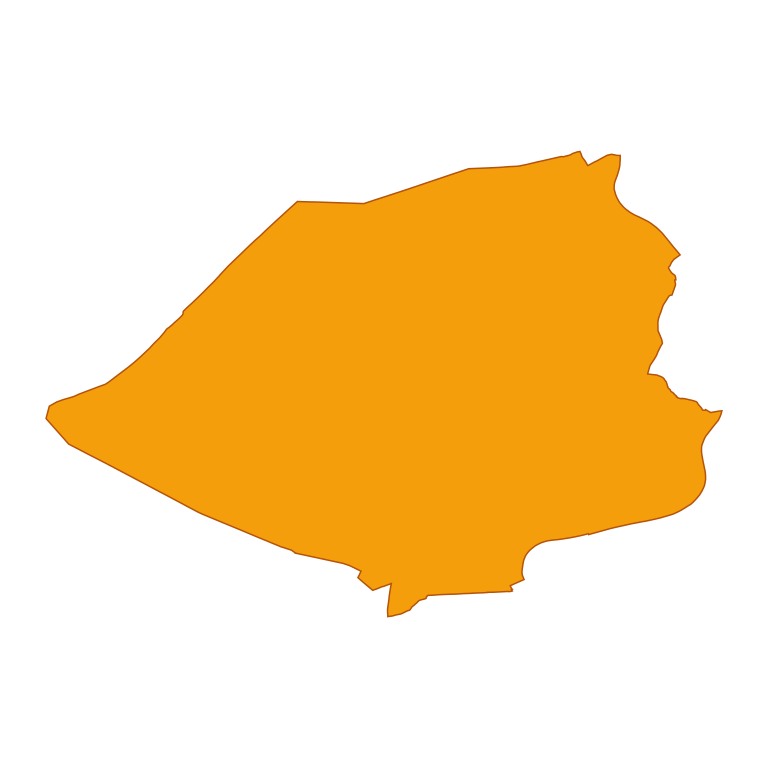 Heerde, Gelderland, Netherlands
{"feature_id": "6326949B25079542820913", "entity_name": "Heerde", "entity_type": "district", "adm_level": 2, "iso_a3": "NLD", "parent_name": "Netherlands", "parent_adm1": "Gelderland", "projection": "equal_earth", "projection_center": [6.06, 52.406], "detail": "fine", "context": "isolated", "style": "filled", "palette": "amber", "viewbox_px": 768, "rotation_deg": 0, "n_neighbors": 0, "source": "geoboundaries", "source_scale": "gbopen_adm2", "svg_char_len": 6070}
<svg xmlns="http://www.w3.org/2000/svg" viewBox="0 0 768 768"><path d="M620.2,155.4L617.1,155.4L614.6,154.9L611.6,154.3L609.6,154.7L607.1,155.3L599.7,159.3L598.4,160.1L595.9,161.4L595.4,161.5L587.8,165.6L585.1,161.0L582.4,157.5L581.9,156.6L581.1,154.0L579.9,151.4L578.6,151.8L577.6,151.8L572.6,153.5L571.9,153.9L570.4,154.9L564.0,156.6L563.1,156.8L561.5,156.5L561.0,156.6L541.2,161.1L538.3,161.7L527.1,164.4L518.2,166.2L512.4,166.5L509.6,166.6L500.8,167.3L489.0,167.9L468.8,168.7L452.8,174.0L407.5,189.3L396.6,192.9L373.8,200.3L363.9,203.6L315.9,202.0L309.4,201.9L297.4,201.5L290.3,207.9L286.0,211.8L278.7,218.5L276.6,220.4L265.4,230.8L259.6,236.4L255.0,240.4L249.9,245.2L228.2,266.1L219.6,275.3L218.6,276.7L218.2,276.9L216.5,278.8L213.9,281.6L208.1,287.3L203.5,292.0L196.1,299.2L192.5,302.6L186.2,308.4L184.0,310.6L183.4,311.2L183.2,311.7L183.1,312.0L183.1,313.4L183.0,313.8L182.9,314.2L182.7,314.6L182.4,315.1L181.8,315.8L179.3,318.3L176.3,321.0L175.0,322.1L173.9,323.1L172.2,324.8L170.4,326.2L169.6,327.0L167.3,328.6L166.5,329.3L165.3,331.0L164.7,331.9L159.5,338.0L153.9,343.5L152.4,345.1L149.4,348.4L141.0,356.3L138.5,358.6L136.0,360.8L133.3,363.1L130.5,365.4L127.6,367.7L120.1,373.4L108.4,382.3L105.3,384.3L99.7,386.3L79.1,394.1L74.1,396.4L68.6,398.1L63.9,399.4L56.9,401.9L56.5,402.1L49.3,406.2L48.8,408.1L46.2,417.9L46.1,418.6L68.6,444.0L69.1,444.3L87.5,453.9L104.9,462.8L128.4,475.2L142.0,482.4L144.7,483.8L148.8,486.0L159.5,491.7L163.0,493.5L167.0,495.6L173.0,498.8L183.3,504.3L185.9,505.7L197.8,512.0L201.8,513.9L222.7,522.6L228.8,525.1L244.2,531.5L259.9,538.1L265.3,540.3L265.6,540.4L272.7,543.4L279.4,546.1L280.4,546.6L282.5,547.3L283.9,547.6L285.3,548.2L285.8,548.2L285.9,548.3L286.0,548.4L289.1,549.4L291.7,550.3L292.1,550.5L292.3,550.8L295.0,552.7L295.8,553.1L295.7,553.2L342.7,563.3L343.0,563.4L346.9,564.7L348.6,565.3L349.6,565.6L360.0,570.7L361.0,571.2L359.1,575.3L357.9,577.6L362.4,581.6L365.6,584.3L372.7,590.3L372.9,590.3L374.6,589.6L376.2,589.1L377.0,588.8L380.2,587.5L381.4,586.9L383.9,586.3L385.1,585.8L390.7,583.8L391.3,583.5L390.3,589.0L389.2,596.2L388.9,599.6L387.7,608.0L387.6,609.3L387.5,610.3L387.6,611.9L387.8,616.6L389.2,616.4L391.6,616.1L392.7,615.9L394.5,615.4L396.1,614.9L398.4,614.5L400.3,614.1L401.5,613.7L402.3,613.3L404.5,612.3L407.3,610.9L407.8,610.7L409.0,610.4L409.7,610.1L410.1,609.7L410.6,609.0L411.4,607.6L411.9,607.0L412.5,606.5L414.2,605.1L416.8,602.8L418.0,601.6L418.6,600.9L419.3,600.5L420.8,599.9L424.1,599.1L425.7,598.6L426.1,598.3L426.1,598.1L426.1,597.5L426.9,596.5L427.5,595.5L427.8,595.4L429.4,595.3L430.0,595.3L432.5,595.2L439.1,594.7L448.4,594.3L456.1,594.1L463.5,593.6L467.4,593.5L470.1,593.4L474.4,593.1L482.8,592.8L487.4,592.5L487.4,592.3L488.1,592.3L494.2,592.2L507.2,591.5L509.7,591.6L512.3,591.0L511.5,589.6L512.3,589.3L511.7,588.7L510.8,587.0L510.2,585.7L520.3,581.2L524.1,579.5L522.8,576.4L522.3,574.9L522.1,573.9L522.0,572.8L522.0,571.4L522.2,569.1L522.6,566.6L522.9,564.3L523.4,561.8L523.6,560.6L524.0,559.5L524.9,557.3L525.4,556.1L526.0,555.0L526.9,553.7L528.3,551.9L529.4,550.7L530.5,549.6L531.7,548.6L534.1,546.7L535.1,545.9L536.2,545.3L537.6,544.5L540.9,542.9L542.5,542.3L545.7,541.3L547.4,540.9L551.1,540.3L554.8,539.9L558.8,539.5L562.4,539.0L569.9,537.8L573.6,537.1L577.2,536.4L580.8,535.6L584.6,534.7L588.3,533.7L588.6,534.6L600.1,531.4L610.2,528.6L615.2,527.4L621.0,526.1L631.4,523.8L641.8,521.8L646.4,521.0L654.3,519.3L660.6,517.8L663.7,516.9L671.2,514.7L672.8,514.2L674.2,513.6L675.9,512.8L678.5,511.6L681.0,510.3L685.2,507.7L687.2,506.4L690.6,504.4L693.2,502.1L695.5,499.7L697.6,497.3L699.5,495.0L700.7,493.1L702.1,490.8L703.2,488.4L704.2,486.2L704.8,484.0L705.3,481.4L705.6,479.3L705.5,475.0L705.3,472.9L705.0,470.6L704.5,468.4L703.1,461.6L702.1,456.1L701.7,453.6L701.5,451.3L701.5,449.0L701.6,446.7L701.8,445.6L702.3,444.1L703.7,440.4L704.7,438.1L705.8,436.1L712.7,427.2L714.6,424.8L716.6,422.4L718.3,420.3L719.0,418.9L720.1,416.5L721.0,414.3L721.9,410.8L718.9,411.1L710.7,412.5L708.5,411.3L706.6,410.1L705.6,409.7L705.6,410.1L705.3,410.3L703.1,410.2L702.4,409.9L702.0,408.9L701.7,408.4L700.7,407.1L699.1,405.4L697.7,403.5L697.6,403.2L696.8,402.1L696.1,401.6L694.3,401.0L691.0,400.1L690.6,400.0L689.3,399.8L687.6,399.3L685.8,399.0L684.6,398.7L684.3,398.6L683.6,398.6L682.6,398.4L682.1,398.4L681.9,398.7L678.7,398.2L676.4,396.9L676.4,396.7L676.7,396.4L675.7,395.4L674.9,394.8L674.0,393.9L673.8,393.6L673.8,393.4L671.9,392.0L671.6,391.9L671.3,391.7L670.8,391.1L670.6,390.8L670.2,389.9L669.8,389.4L669.0,388.7L668.1,387.8L667.8,387.1L667.7,386.9L667.8,386.7L667.5,386.1L667.2,384.9L666.9,383.8L666.2,382.0L666.2,381.8L665.9,381.4L665.5,381.0L664.6,379.8L664.2,379.0L663.8,378.5L663.1,377.9L662.8,377.6L661.2,376.7L660.3,376.3L658.2,375.6L657.6,375.3L657.3,375.1L647.7,374.0L647.9,372.8L648.2,372.0L649.6,366.9L650.1,365.5L650.3,365.1L651.1,363.9L654.2,359.3L655.7,356.8L656.4,355.6L658.1,351.5L658.5,350.7L659.4,348.8L660.7,346.2L662.1,343.9L662.4,343.2L662.4,342.7L662.0,341.3L661.9,341.0L661.9,340.4L661.9,340.2L661.8,339.8L660.1,335.6L658.0,330.7L657.9,321.8L658.4,319.1L659.1,316.7L660.0,314.1L660.7,312.5L661.0,311.6L661.6,309.7L662.7,306.5L663.1,305.5L663.9,304.0L666.5,300.0L667.9,297.7L668.5,296.8L669.1,296.0L670.0,295.4L672.0,295.0L675.3,285.6L675.5,284.6L675.5,283.9L674.7,280.2L674.8,280.0L675.0,279.8L675.9,279.8L675.6,277.8L675.4,276.6L675.3,276.1L675.1,275.8L674.8,275.3L672.9,273.9L671.7,272.9L671.2,272.3L669.8,270.1L669.5,269.8L668.5,267.8L668.9,266.8L669.3,266.5L669.9,265.9L671.1,263.3L671.2,262.9L673.5,259.8L674.0,259.3L677.4,256.8L677.9,256.5L680.1,254.9L675.5,249.3L673.6,247.2L671.0,243.9L668.2,240.4L662.1,233.0L659.9,230.8L656.4,227.5L654.0,225.7L651.4,223.7L648.4,221.7L646.5,220.7L644.1,219.5L640.9,217.9L634.2,214.8L630.1,212.4L625.8,209.2L623.3,206.9L621.4,204.7L619.9,202.9L619.4,202.2L617.6,199.0L617.0,197.8L616.4,196.5L615.5,194.1L614.2,189.3L614.1,188.0L614.2,186.5L614.3,184.5L614.6,182.9L614.9,181.8L615.8,179.2L617.3,175.3L618.0,172.9L618.7,170.6L619.5,167.4L619.8,165.5L620.2,159.5L620.2,155.4Z" fill="#f59e0b" stroke="#b45309" stroke-width="1.5"/></svg>